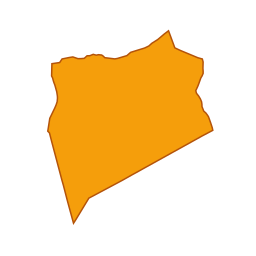 Paraibano, Maranhão, Brazil (Albers equal-area conic projection), rotated 278°
{"feature_id": "56859067B92174328056743", "entity_name": "Paraibano", "entity_type": "district", "adm_level": 2, "iso_a3": "BRA", "parent_name": "Brazil", "parent_adm1": "Maranhão", "projection": "albers", "projection_center": [-43.896, -6.414], "detail": "fine", "context": "isolated", "style": "filled", "palette": "amber", "viewbox_px": 256, "rotation_deg": 278, "n_neighbors": 0, "source": "geoboundaries", "source_scale": "gbopen_adm2", "svg_char_len": 1173}
<svg xmlns="http://www.w3.org/2000/svg" viewBox="0 0 256 256"><g transform="rotate(278 128 128)"><path d="M26.1,87.3L29.3,88.8L53.1,99.0L75.6,129.9L81.8,138.0L87.1,145.1L90.0,148.9L109.0,174.1L125.2,195.6L130.5,202.6L137.5,212.3L140.0,211.4L144.9,209.0L150.4,206.1L152.0,204.7L153.8,202.9L155.2,200.7L159.5,198.3L161.8,197.9L164.2,197.2L166.9,195.6L169.5,193.5L171.9,191.0L174.4,189.9L176.3,190.5L179.4,191.4L182.0,192.0L184.0,192.4L187.8,193.2L189.9,194.1L192.5,194.8L194.7,194.5L197.5,193.9L203.8,193.2L206.7,192.0L207.3,187.4L212.1,169.0L213.9,163.2L220.8,159.5L229.9,154.6L226.2,150.9L219.7,145.1L215.2,139.8L212.1,137.2L209.5,133.3L205.8,125.4L203.3,120.1L199.5,116.8L195.4,107.8L194.6,105.3L194.4,95.2L195.6,93.7L196.6,91.8L196.5,88.6L195.7,86.4L196.1,83.3L194.3,80.2L193.8,77.4L190.9,75.0L190.2,71.9L189.7,68.8L190.7,63.5L189.6,59.9L187.2,53.1L183.3,51.2L181.1,43.7L168.9,45.1L167.0,46.4L164.3,47.5L162.5,48.4L160.1,49.7L153.9,52.4L149.9,53.6L147.8,54.0L144.2,54.2L140.9,53.6L137.6,52.7L126.7,49.2L113.7,49.0L112.2,50.9L105.9,53.5L104.2,54.2L67.2,69.8L62.0,72.1L49.4,77.3L45.4,79.0L42.6,80.2L26.1,87.3Z" fill="#f59e0b" stroke="#b45309" stroke-width="1.5"/></g></svg>